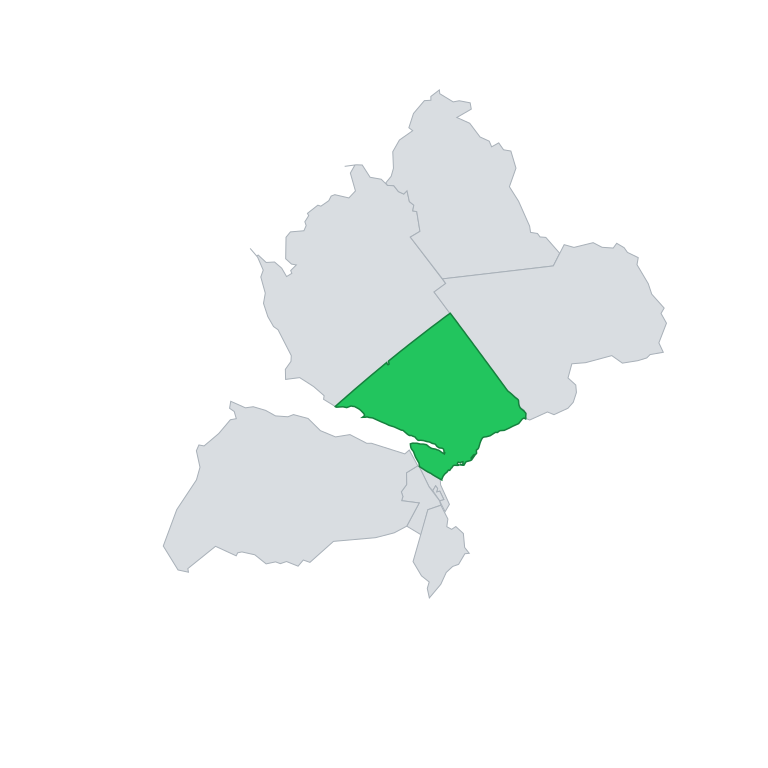 Egypt highlighted among its neighbors, rotated 141°
{"feature_id": "EGY", "entity_name": "Egypt", "entity_type": "country or territory", "adm_level": 0, "iso_a3": "EGY", "parent_name": "Africa", "parent_adm1": "", "projection": "orthographic", "projection_center": [30.805, 26.825], "detail": "fine", "context": "with_neighbors", "style": "filled", "palette": "green", "viewbox_px": 768, "rotation_deg": 141, "n_neighbors": 8, "source": "natural_earth", "source_scale": "50m", "svg_char_len": 6895}
<svg xmlns="http://www.w3.org/2000/svg" viewBox="0 0 768 768"><g transform="rotate(141 384 384)"><path d="M277.6,577.9L267.6,571.8L263.1,567.9L264.7,553.4L257.3,544.9L256.3,536.1L251.6,532.0L251.7,524.4L249.1,519.2L244.5,519.7L249.5,509.8L248.3,504.2L252.7,500.5L250.1,497.3L260.0,480.0L271.1,481.6L272.8,423.3L287.2,424.0L288.2,397.3L436.0,397.1L440.6,410.1L437.9,412.6L440.3,426.3L445.5,442.0L457.6,449.5L451.4,457.5L442.1,460.1L438.2,464.4L432.2,492.9L433.7,498.1L431.9,509.4L426.9,522.5L419.1,529.3L412.4,544.7L406.2,548.5L402.4,562.1L402.7,573.6L402.4,563.7L400.6,563.4L399.1,552.6L392.3,547.7L390.6,538.4L392.1,528.8L386.0,528.0L385.1,530.9L377.2,531.7L380.4,535.4L381.6,543.2L367.8,559.7L361.0,561.1L349.8,553.5L344.8,556.1L343.4,559.9L336.6,562.2L336.1,564.8L322.9,564.6L321.1,561.9L311.6,561.2L306.8,563.3L303.1,562.1L294.2,550.7L284.7,552.0L277.4,569.1L268.7,572.5L277.6,577.9Z" fill="#d9dde1" stroke="#a8b0b8" stroke-width="1"/><path d="M272.4,428.9L271.1,481.6L260.0,480.0L250.1,497.3L252.7,500.5L248.3,504.2L249.5,509.8L244.5,519.7L249.1,519.2L251.7,524.4L251.6,532.0L256.3,536.1L256.0,539.2L247.7,540.9L240.9,545.7L231.0,559.0L218.5,563.9L202.3,562.8L203.4,567.5L190.8,575.7L174.3,578.8L169.0,575.0L166.6,578.0L155.9,577.7L158.0,574.5L152.7,559.7L147.3,556.8L140.1,548.3L143.2,542.7L159.7,545.3L153.3,532.7L153.9,515.5L149.4,506.5L151.1,500.6L143.1,499.2L143.7,490.8L138.8,485.2L145.6,468.7L162.4,458.4L164.4,441.3L171.5,415.0L174.7,409.6L170.0,404.4L170.2,400.1L166.0,396.1L165.2,375.0L178.1,369.2L272.4,428.9Z" fill="#d9dde1" stroke="#a8b0b8" stroke-width="1"/><path d="M416.9,246.3L414.3,258.3L410.2,256.6L408.1,265.6L411.1,267.0L408.2,268.9L407.9,272.4L413.2,270.4L413.7,275.7L408.7,297.3L400.3,274.5L403.5,270.0L408.9,249.3L416.9,246.3Z" fill="#d9dde1" stroke="#a8b0b8" stroke-width="1"/><path d="M413.2,270.4L407.9,272.4L408.2,268.9L411.1,267.0L408.1,265.6L410.2,256.6L414.3,258.3L413.2,270.4Z" fill="#d9dde1" stroke="#a8b0b8" stroke-width="1"/><path d="M414.3,258.3L416.1,254.0L429.0,258.7L450.0,243.3L455.8,259.2L431.5,269.4L443.7,282.2L440.1,284.7L438.4,289.3L429.7,291.6L422.3,300.9L409.2,299.2L408.7,297.3L413.7,275.7L414.3,258.3Z" fill="#d9dde1" stroke="#a8b0b8" stroke-width="1"/><path d="M416.1,254.0L419.3,238.9L425.0,233.6L422.9,228.5L417.9,228.0L416.4,217.9L424.2,206.2L424.3,198.8L428.0,201.2L439.5,196.9L445.4,199.0L454.2,198.4L465.9,192.6L483.4,189.2L479.0,197.9L473.5,201.7L475.6,211.3L473.2,227.7L429.0,258.7L416.1,254.0Z" fill="#d9dde1" stroke="#a8b0b8" stroke-width="1"/><path d="M409.2,299.2L422.3,300.9L429.7,291.6L438.4,289.3L440.1,284.7L443.7,282.2L431.5,269.4L455.8,259.2L469.7,261.9L487.3,269.9L522.3,293.5L553.8,292.0L557.5,298.0L565.4,296.5L571.5,307.4L577.6,309.6L580.2,314.0L588.8,318.4L591.9,332.6L600.1,342.9L603.9,344.9L607.0,343.5L617.1,363.9L652.6,364.0L654.4,360.8L661.1,369.1L657.5,397.0L624.1,416.8L590.1,427.5L579.4,435.1L571.8,450.2L566.2,453.1L562.8,449.1L543.6,449.5L525.9,452.9L520.6,450.0L517.7,456.9L519.3,462.3L514.0,467.0L506.7,452.7L499.9,448.6L492.6,438.0L488.4,427.5L479.3,419.0L473.6,417.2L464.7,405.0L462.8,387.8L455.0,373.4L442.3,366.1L434.7,348.7L431.1,345.9L411.8,316.6L405.9,316.8L409.2,299.2Z" fill="#d9dde1" stroke="#a8b0b8" stroke-width="1"/><path d="M292.5,300.1L287.2,424.0L272.8,423.3L272.4,428.9L178.1,369.2L156.3,378.9L150.4,370.6L132.5,362.2L128.5,353.0L120.3,345.4L114.6,346.9L111.6,338.8L112.0,333.1L106.9,322.2L112.3,317.5L115.5,295.7L119.4,285.3L118.5,266.7L124.3,264.5L126.2,253.5L144.5,243.0L147.0,232.9L158.7,239.4L163.4,238.9L172.1,242.4L185.6,250.2L189.1,262.7L213.9,273.7L225.3,281.5L237.2,272.9L235.6,262.5L239.8,256.3L248.4,250.7L256.3,249.4L271.2,253.2L274.6,259.4L293.4,264.3L296.0,268.9L291.5,275.1L293.0,280.9L289.5,289.1L292.5,300.1Z" fill="#d9dde1" stroke="#a8b0b8" stroke-width="1"/><path d="M436.1,397.2L432.0,397.4L427.9,397.6L423.9,397.7L419.8,397.9L415.7,398.0L411.6,398.2L407.5,398.3L403.4,398.4L399.4,398.5L395.3,398.6L391.2,398.7L387.1,398.8L383.0,398.8L378.9,398.9L374.8,398.9L370.7,399.0L368.4,399.0L368.8,397.8L369.0,396.9L368.7,396.4L367.9,396.2L367.4,396.4L366.2,398.9L365.6,399.0L364.1,399.0L359.4,399.0L354.6,399.0L349.8,399.0L345.1,398.9L340.3,398.9L335.5,398.8L330.8,398.7L326.0,398.6L321.2,398.5L316.5,398.4L311.7,398.3L307.0,398.1L302.2,397.9L297.5,397.8L292.7,397.6L288.0,397.3L288.1,394.3L288.2,391.3L288.3,388.3L288.4,385.3L288.6,382.3L288.7,379.3L288.8,376.3L288.9,373.2L289.1,370.2L289.2,367.2L289.3,364.2L289.4,361.2L289.6,358.2L289.7,355.1L289.8,352.1L290.0,349.1L290.1,346.1L290.2,343.1L290.4,340.1L290.5,337.0L290.6,334.0L290.8,331.0L290.9,328.0L291.0,325.0L291.2,321.9L291.3,318.9L291.5,315.9L291.6,312.9L291.8,309.9L291.9,306.9L292.1,303.8L292.2,300.8L292.1,300.3L291.6,298.2L291.1,295.5L290.7,292.3L290.6,291.3L289.7,287.9L289.7,287.0L290.0,286.3L291.9,283.6L292.5,282.3L293.0,280.7L293.2,279.4L292.8,277.4L292.3,275.5L292.2,273.7L292.2,271.9L293.2,270.7L294.3,269.6L294.7,268.9L295.4,268.1L295.9,267.7L296.6,269.4L298.4,269.8L304.3,268.5L310.7,270.2L314.2,270.9L319.7,272.3L323.0,274.6L323.9,274.9L326.3,274.9L327.8,276.3L334.1,277.0L337.5,278.5L339.4,279.7L340.5,280.1L341.5,280.1L342.9,279.6L344.6,278.8L346.5,277.7L350.5,274.9L351.8,274.4L352.7,274.5L353.8,274.5L354.3,273.7L354.9,273.2L355.2,272.5L355.8,271.8L357.8,271.6L361.9,270.4L361.4,271.0L357.7,272.4L359.3,272.5L360.9,272.1L362.8,271.7L363.1,271.1L363.4,270.0L363.7,269.9L365.0,270.1L368.8,271.8L369.7,271.8L372.4,270.8L373.0,270.6L373.8,271.2L375.8,273.3L375.1,273.3L373.0,271.4L372.8,272.4L371.6,274.0L373.2,274.7L374.4,274.9L375.0,275.8L375.5,276.6L376.7,276.3L377.5,275.2L377.1,274.6L376.8,273.9L377.2,273.9L378.0,274.4L380.4,276.5L381.3,276.9L382.2,276.8L384.1,276.2L384.7,276.3L387.3,275.5L387.6,276.0L388.1,276.6L390.2,275.9L393.5,275.8L396.2,275.1L399.3,273.4L399.5,273.1L399.7,273.5L400.1,274.6L401.2,277.5L402.1,279.7L403.2,282.8L403.5,283.9L403.7,284.8L405.3,288.1L406.3,290.9L407.0,293.2L408.1,296.5L408.5,297.6L407.9,298.3L406.6,300.5L405.5,307.4L403.6,312.9L403.5,316.2L403.2,317.5L402.3,319.2L401.2,320.9L399.1,320.1L395.6,317.2L393.6,314.5L391.4,312.7L389.4,310.4L388.8,308.7L388.8,307.6L387.9,304.9L387.2,303.6L384.8,300.8L384.1,299.3L383.5,298.6L383.0,297.6L382.0,293.9L381.1,291.6L380.0,292.3L380.2,293.3L379.3,294.6L378.7,296.2L379.2,297.5L381.2,299.5L381.6,300.4L382.1,302.2L382.0,304.8L382.4,305.6L383.9,307.5L384.4,308.6L384.8,309.6L385.3,310.5L386.8,312.1L388.9,315.2L391.0,317.3L392.5,318.3L393.1,319.3L393.3,321.9L393.2,323.2L394.6,325.6L395.1,326.8L396.4,327.7L397.0,328.8L397.5,330.6L398.4,336.0L399.6,337.3L403.1,344.3L406.1,348.7L407.6,352.0L409.8,356.0L414.2,364.8L416.8,367.5L417.8,369.0L419.7,370.1L421.7,371.7L419.8,371.6L419.4,371.8L418.7,372.1L418.4,373.1L418.3,374.0L418.7,378.5L419.3,380.8L421.1,385.1L422.4,386.3L423.0,387.2L423.8,387.8L427.8,389.1L430.2,392.1L435.5,395.9L436.1,396.9L436.1,397.2Z" fill="#22c55e" stroke="#15803d" stroke-width="1.5"/></g></svg>